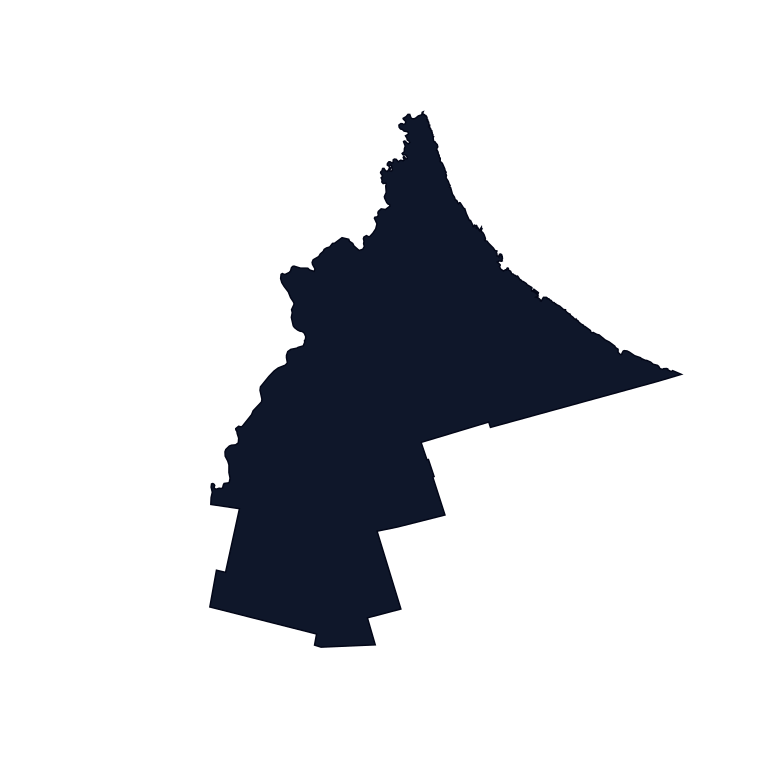 outline of Castelli, Buenos Aires, Argentina, rotated 330°
{"feature_id": "61730980B13025573352502", "entity_name": "Castelli", "entity_type": "district", "adm_level": 2, "iso_a3": "ARG", "parent_name": "Argentina", "parent_adm1": "Buenos Aires", "projection": "equal_earth", "projection_center": [-57.446, -36.02], "detail": "fine", "context": "isolated", "style": "filled", "palette": "ink", "viewbox_px": 768, "rotation_deg": 330, "n_neighbors": 0, "source": "geoboundaries", "source_scale": "gbopen_adm2", "svg_char_len": 6171}
<svg xmlns="http://www.w3.org/2000/svg" viewBox="0 0 768 768"><g transform="rotate(330 384 384)"><path d="M478.0,221.9L477.5,223.3L477.1,228.2L477.4,230.0L478.6,231.7L478.1,232.9L472.5,233.6L469.1,230.9L465.4,231.7L464.2,232.8L463.7,234.5L463.0,235.4L461.4,235.8L459.5,235.0L458.6,235.6L458.0,241.8L454.4,245.5L449.8,247.8L445.4,249.2L444.3,248.8L443.0,246.7L440.1,246.7L438.8,247.9L438.1,250.3L436.5,252.3L435.8,255.0L433.0,256.7L429.2,255.9L427.0,249.4L427.2,246.6L425.5,243.2L425.8,241.0L420.8,236.3L411.6,237.4L409.7,236.5L405.5,238.2L402.2,237.4L399.5,237.5L397.6,238.8L393.9,239.5L391.2,241.0L384.8,241.0L382.6,242.7L381.9,244.7L381.8,249.9L379.7,251.5L376.6,248.0L375.9,245.6L369.6,241.9L365.0,236.9L363.7,236.5L362.0,237.0L359.7,239.3L357.8,240.0L353.4,239.7L352.2,239.0L351.2,237.5L349.7,237.6L347.2,241.0L346.2,245.1L346.3,249.5L347.2,256.4L346.3,262.5L346.6,267.6L346.4,269.1L345.7,270.2L341.1,273.4L340.2,276.4L337.1,279.9L334.5,288.2L334.7,290.4L336.2,294.1L337.7,296.3L339.5,297.7L340.4,300.2L339.9,303.9L338.2,306.1L336.8,306.7L336.2,308.2L333.1,310.6L327.9,309.3L326.5,309.4L320.6,307.4L316.9,307.8L313.9,310.4L312.7,312.4L311.1,316.9L310.4,317.6L307.8,318.3L300.4,317.2L295.3,317.8L288.1,319.9L275.6,324.7L273.5,327.4L270.7,336.1L268.9,338.3L257.4,341.7L253.9,344.4L240.1,349.8L238.7,349.6L237.0,347.9L233.3,348.5L232.8,349.6L232.9,351.6L232.1,353.5L231.1,358.2L228.4,362.1L225.1,362.5L221.2,360.7L219.0,360.4L214.3,361.6L212.4,363.2L210.4,367.1L210.2,372.5L209.3,376.5L205.4,383.2L203.6,388.6L200.9,391.7L200.0,391.9L195.8,390.2L194.5,391.0L192.2,393.4L190.6,393.0L189.1,391.8L186.1,391.2L185.2,390.1L185.1,388.6L186.7,387.2L186.7,385.9L186.0,384.6L184.7,384.3L182.7,386.9L181.2,391.9L177.5,395.9L173.8,401.7L196.5,419.7L152.6,467.9L145.8,461.5L121.7,490.0L200.6,566.8L193.3,575.4L197.9,580.4L246.0,605.5L252.7,578.2L286.1,587.3L304.4,508.0L324.6,514.7L371.3,527.9L379.7,489.0L381.1,489.2L384.7,471.6L383.3,471.1L386.9,453.1L455.7,469.3L454.5,474.8L622.5,518.6L646.3,524.3L640.6,516.7L639.3,517.0L638.4,516.1L637.0,513.8L637.3,512.9L636.5,511.9L633.7,510.5L632.5,510.6L630.7,508.7L630.7,506.1L630.2,504.6L626.9,501.4L625.9,498.4L623.4,495.0L622.0,494.0L620.2,491.4L619.6,491.5L619.4,489.6L615.2,484.8L612.4,479.0L611.0,476.9L608.7,475.2L607.6,475.1L605.3,476.5L605.1,477.1L604.1,477.2L603.5,476.7L602.5,473.7L604.1,470.9L602.7,468.2L602.8,466.6L600.0,460.1L597.6,456.5L594.8,449.0L593.1,447.4L590.9,443.9L589.8,443.8L589.1,443.0L589.5,440.8L586.8,434.7L586.0,434.4L585.6,432.4L586.0,432.9L585.9,432.3L584.9,431.1L583.6,427.6L583.7,426.6L582.7,424.4L582.8,423.7L582.1,423.8L581.5,422.9L581.1,420.8L579.9,418.0L580.0,416.3L579.4,415.9L578.2,413.3L577.8,411.1L578.3,410.4L576.7,409.3L575.1,404.4L572.6,400.8L572.8,400.3L572.3,400.1L572.0,398.5L570.8,397.6L570.5,395.2L569.7,394.2L569.4,392.7L568.0,391.6L568.4,391.2L567.9,390.1L565.4,388.7L561.5,390.9L561.0,390.4L561.4,389.3L561.1,387.9L560.5,386.3L559.0,384.7L561.6,384.9L561.4,383.4L561.8,383.0L560.6,380.9L560.8,380.3L562.2,382.1L562.4,381.6L563.0,381.9L563.0,382.5L563.4,382.1L561.2,376.9L560.1,377.5L560.5,378.3L560.3,379.4L559.4,378.5L559.7,378.0L558.4,377.3L558.9,376.7L559.0,375.3L560.2,374.9L560.2,374.2L557.5,369.5L557.5,368.2L555.9,365.0L555.0,364.1L554.5,362.0L553.9,361.6L553.7,357.6L553.4,357.1L552.3,357.0L552.1,355.7L551.3,355.1L550.8,353.4L549.7,352.4L550.0,349.7L548.7,347.1L549.5,346.1L549.3,345.5L548.7,345.2L546.8,346.4L546.3,345.8L544.0,345.9L542.5,342.8L542.7,339.9L543.7,339.6L544.2,338.8L543.1,335.0L545.6,335.1L547.0,336.4L548.0,336.5L548.1,335.5L549.2,334.8L550.2,332.6L549.8,332.3L550.2,331.7L549.6,331.1L550.5,330.6L549.8,329.6L548.8,329.4L547.1,331.3L547.1,330.5L545.9,329.5L546.9,327.7L546.9,326.6L548.3,325.3L546.8,323.8L546.7,321.0L544.9,314.2L544.7,311.9L543.1,310.2L543.2,309.5L544.1,309.4L544.6,308.6L545.3,304.9L545.3,302.5L545.1,301.6L544.5,301.3L544.6,300.6L545.5,299.0L546.5,298.6L546.2,298.0L546.7,297.0L543.8,298.5L543.3,300.0L543.4,295.9L542.1,295.8L541.8,295.1L543.1,294.8L542.7,294.2L543.4,293.8L543.4,293.0L542.8,293.0L541.8,291.7L540.7,292.7L539.8,292.3L540.3,291.0L540.7,285.6L539.8,285.1L539.9,283.5L540.5,277.5L541.6,272.5L540.9,271.7L540.6,265.2L539.9,264.6L538.5,265.1L538.3,263.7L538.8,262.4L538.7,261.2L537.8,260.3L538.4,257.4L538.2,253.8L539.9,247.2L539.2,246.1L540.5,245.2L540.4,243.5L541.0,240.5L540.8,237.0L541.2,235.8L542.4,234.6L542.7,232.4L543.7,231.7L543.6,229.6L544.2,228.1L544.8,222.6L544.7,221.2L543.9,219.4L545.6,216.6L545.4,214.8L546.1,213.6L546.2,211.0L546.8,210.4L546.9,207.8L546.5,207.7L547.7,206.3L549.1,205.6L549.8,203.4L549.2,200.6L548.8,200.0L549.1,199.7L548.6,199.4L548.6,197.9L549.7,195.2L550.7,194.6L550.3,193.0L551.0,192.5L551.0,190.8L551.6,190.1L551.6,189.3L552.0,188.6L551.6,188.2L552.0,186.2L551.6,185.9L552.0,184.8L551.4,183.8L552.3,183.7L553.0,182.7L552.4,182.3L553.6,179.5L553.2,178.3L553.6,178.2L553.9,177.0L553.4,176.9L553.3,176.3L554.3,175.2L554.6,173.8L554.5,172.8L554.0,172.5L554.2,172.1L553.4,171.6L553.7,170.9L552.9,170.2L553.0,168.7L554.0,167.9L553.0,167.8L551.3,169.7L547.7,169.0L544.0,169.6L542.4,169.2L540.7,168.0L540.5,166.6L541.1,163.4L539.6,162.5L536.8,163.5L533.4,163.5L533.2,164.3L534.0,167.3L533.8,168.1L532.2,169.3L530.7,169.0L530.0,167.7L528.8,166.9L526.4,167.2L525.5,169.2L525.8,171.4L527.2,172.8L527.8,175.0L530.6,177.4L530.6,178.9L529.7,179.8L526.7,179.8L526.8,182.5L526.2,184.3L527.1,185.9L527.2,187.7L525.2,188.2L524.6,187.4L523.7,184.2L523.0,183.7L522.1,183.9L521.4,188.6L519.3,190.4L517.7,193.0L515.0,193.4L515.0,194.8L517.2,196.3L517.6,198.7L517.0,200.2L516.2,200.4L515.3,199.9L515.4,197.9L515.0,196.8L514.0,197.3L513.5,200.1L512.2,200.3L510.4,198.5L507.5,198.6L506.9,195.5L505.5,194.4L504.2,194.4L502.5,196.8L501.5,196.6L500.3,194.5L499.3,194.0L497.3,194.7L496.3,196.0L497.2,198.0L499.2,197.7L499.7,198.4L498.2,203.0L496.6,203.4L495.9,202.7L495.9,202.0L497.6,200.2L497.6,199.6L496.9,199.2L495.6,200.5L493.1,201.6L491.9,200.0L491.8,197.3L490.8,196.7L490.1,197.0L489.2,198.2L487.4,198.6L486.6,199.4L486.8,202.9L486.2,203.6L484.6,204.0L484.4,206.3L483.1,208.0L483.5,210.0L486.0,210.9L486.0,212.0L484.5,213.4L481.7,219.2L478.0,221.9Z" fill="#0f172a" stroke="#020617" stroke-width="1.5"/></g></svg>